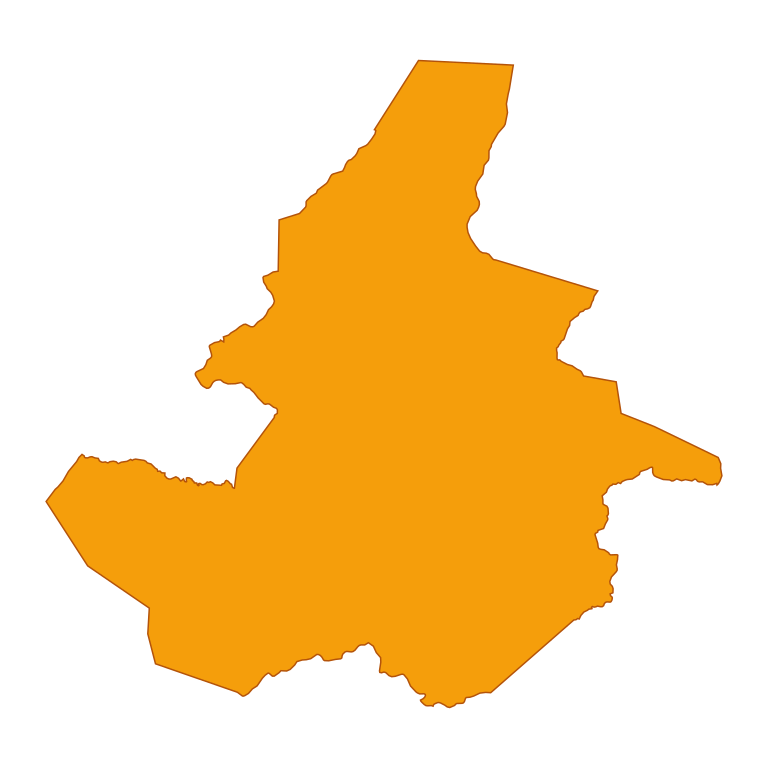 Moroceli, El Paraíso, Honduras (orthographic projection)
{"feature_id": "27666195B80695499331082", "entity_name": "Moroceli", "entity_type": "district", "adm_level": 2, "iso_a3": "HND", "parent_name": "Honduras", "parent_adm1": "El Paraíso", "projection": "orthographic", "projection_center": [-86.851, 14.169], "detail": "fine", "context": "isolated", "style": "filled", "palette": "amber", "viewbox_px": 768, "rotation_deg": 0, "n_neighbors": 0, "source": "geoboundaries", "source_scale": "gbopen_adm2", "svg_char_len": 6110}
<svg xmlns="http://www.w3.org/2000/svg" viewBox="0 0 768 768"><path d="M433.1,706.2L433.5,704.9L434.3,704.0L437.3,702.7L438.6,702.5L440.4,702.9L444.7,705.1L447.2,706.9L449.8,707.5L454.7,705.4L455.5,704.3L456.8,703.5L462.1,703.3L463.4,702.9L464.4,701.6L465.5,698.3L466.4,697.5L470.0,697.2L473.8,696.0L479.9,693.1L485.6,692.4L490.7,692.7L573.8,620.0L576.0,619.7L577.7,618.5L579.2,619.0L580.9,615.4L583.9,612.0L587.6,610.2L588.7,609.2L591.9,608.7L592.0,608.3L591.5,607.4L592.3,606.5L594.1,607.1L595.9,606.8L597.5,606.1L600.3,606.7L602.2,606.7L603.6,605.7L604.4,603.5L605.7,602.3L606.9,601.9L610.2,602.1L611.1,601.6L612.0,599.9L612.3,597.9L612.1,597.1L610.5,595.6L610.1,593.9L612.9,592.8L613.1,588.7L612.3,586.3L610.2,584.0L609.8,581.4L611.5,576.9L616.2,571.8L617.1,570.3L617.2,568.9L616.4,564.8L617.5,559.6L617.8,555.2L617.3,554.8L616.2,554.7L610.6,554.9L609.4,554.1L608.7,552.8L604.2,549.8L600.7,549.3L599.0,548.7L598.2,547.3L597.7,543.2L595.0,534.6L595.4,533.4L597.7,532.1L598.0,530.4L603.6,528.5L605.4,523.9L607.7,519.8L607.8,518.6L606.9,516.0L608.0,514.9L608.4,513.6L608.0,508.2L606.9,506.2L604.2,504.9L602.9,503.8L602.9,499.9L602.2,495.8L606.4,492.2L607.5,489.0L609.8,486.1L610.8,485.5L611.8,485.3L612.8,484.1L615.9,484.3L618.2,482.6L620.6,483.5L622.2,481.5L625.6,480.0L627.5,479.5L632.3,479.0L639.1,474.6L639.6,473.9L639.6,472.7L640.7,471.4L647.2,469.3L649.8,467.7L651.4,467.2L652.3,467.3L652.6,467.8L652.7,472.5L653.5,474.6L654.4,475.8L656.6,477.0L663.2,479.5L669.6,479.9L671.8,481.0L673.4,480.8L676.7,478.9L681.6,480.7L685.4,479.6L691.9,480.9L694.9,479.1L696.4,479.7L697.3,481.0L698.0,481.5L699.3,481.9L702.6,481.8L707.4,484.6L712.6,484.7L716.7,483.4L717.0,485.0L718.3,483.8L719.8,481.2L721.9,475.8L720.6,468.3L720.8,463.7L718.2,457.5L654.4,426.6L621.1,413.4L616.2,381.8L583.6,376.0L581.4,371.9L580.3,370.8L577.0,369.2L572.1,365.8L567.4,364.5L561.3,361.4L559.7,359.9L558.2,360.0L557.3,359.6L557.0,358.0L557.1,352.8L556.6,350.5L556.6,348.0L558.2,346.7L558.9,345.0L560.8,342.6L561.0,341.2L563.3,339.9L564.1,338.9L567.5,328.8L569.6,325.5L570.0,321.5L574.6,317.6L578.1,315.4L578.9,313.5L580.2,312.0L583.1,311.2L584.9,309.4L587.7,308.8L589.8,307.7L590.6,306.3L592.1,301.8L593.2,300.1L594.0,296.4L597.8,290.9L495.9,260.0L493.8,259.7L492.7,258.9L488.9,254.3L486.3,253.2L482.5,252.8L479.6,251.1L475.5,245.9L470.6,238.5L468.0,232.5L467.1,227.3L467.1,224.1L470.2,216.6L477.2,210.2L478.7,207.0L479.4,204.4L479.2,201.4L476.6,196.3L476.4,193.7L475.3,189.5L475.5,186.6L477.7,181.1L482.8,174.0L484.1,165.3L488.4,160.2L488.9,158.0L489.0,150.6L491.2,146.7L491.5,144.3L498.1,133.0L504.0,126.3L505.2,124.1L507.5,112.6L506.4,103.9L508.2,93.9L509.4,89.0L513.3,65.1L418.5,60.5L374.4,129.7L375.4,130.1L375.8,130.6L375.0,134.0L371.7,139.0L367.7,144.2L365.9,145.6L358.9,148.7L356.8,153.5L355.2,155.8L351.3,159.5L348.8,160.3L347.5,161.5L345.6,164.6L344.6,167.4L342.7,171.1L333.3,173.9L331.9,174.6L330.7,176.1L327.7,181.9L326.4,183.5L317.6,190.1L316.3,193.2L311.0,196.4L306.8,200.6L306.1,201.9L306.1,205.4L305.7,207.0L299.5,213.5L279.1,219.9L278.2,271.2L273.1,272.0L267.8,275.2L263.6,276.5L263.0,277.6L263.7,282.1L266.3,286.3L267.2,288.7L270.8,292.2L272.7,295.4L274.4,301.1L273.6,303.9L271.6,306.8L268.5,309.7L266.2,314.6L263.3,318.3L257.7,322.2L254.2,326.2L252.8,326.8L250.7,326.7L245.7,324.2L243.6,324.5L239.7,326.8L235.9,330.0L231.1,332.8L228.6,335.1L223.4,336.9L223.9,339.5L223.7,341.9L220.5,340.1L220.1,340.9L219.0,341.7L214.5,342.6L209.9,345.2L209.4,345.9L209.3,346.7L211.4,353.8L211.7,355.8L211.5,356.9L210.5,358.1L207.3,360.3L205.9,364.6L203.5,368.5L196.9,371.6L195.9,372.4L195.3,373.6L195.4,374.9L196.1,376.4L201.0,384.4L203.1,386.3L206.7,388.3L208.7,388.1L210.4,386.8L212.7,382.7L214.0,381.4L215.7,380.4L218.3,379.9L220.6,379.9L223.6,382.3L228.0,383.9L235.4,383.7L240.5,382.6L241.6,382.7L243.7,384.3L246.2,387.2L249.9,388.4L250.9,389.7L253.9,392.4L258.2,398.0L264.0,403.8L265.4,404.3L267.8,403.8L269.5,404.1L273.5,407.2L276.4,408.3L277.4,409.7L277.3,413.4L274.9,414.9L274.3,416.1L274.4,417.3L237.0,468.1L234.4,488.2L233.7,488.1L232.5,487.4L231.5,484.2L230.4,483.8L228.2,481.3L226.5,480.4L225.6,480.9L224.3,483.4L222.0,484.0L221.5,485.3L214.9,484.9L212.8,482.9L210.4,481.7L208.8,482.4L207.2,482.0L205.4,483.8L203.2,484.7L201.8,484.6L200.4,483.5L199.2,483.4L198.6,483.8L198.9,485.4L198.4,485.7L197.5,485.2L196.7,483.0L194.3,482.9L193.8,481.5L192.3,480.5L192.0,479.3L189.2,477.8L187.2,477.7L186.5,478.0L186.3,480.0L186.6,481.6L186.1,481.9L184.7,481.5L183.5,478.9L181.1,480.9L180.6,481.0L178.5,478.2L175.9,476.8L170.8,479.0L168.8,479.0L166.9,478.1L164.8,475.7L164.9,473.0L161.7,472.8L160.0,471.1L157.7,471.3L157.2,469.3L155.4,468.3L151.1,464.0L147.3,462.9L145.9,461.3L144.1,460.4L135.6,459.1L133.4,459.6L132.3,460.4L130.7,459.4L127.1,461.3L121.2,462.2L118.6,463.5L117.9,463.4L116.2,461.8L113.3,461.2L109.9,461.7L108.3,462.7L107.5,462.8L105.3,461.9L102.9,462.3L101.6,462.1L99.4,460.8L98.3,458.4L94.9,457.9L92.0,456.7L90.1,456.9L87.7,457.9L85.3,457.8L84.5,457.2L84.2,455.9L82.0,454.4L79.0,457.4L76.6,461.6L68.5,471.4L63.0,481.0L57.9,487.0L55.2,489.4L46.1,501.5L87.7,565.9L149.3,608.1L147.8,633.9L155.5,663.8L236.4,691.9L237.6,692.4L242.4,696.0L243.3,696.1L244.7,695.7L248.5,693.4L252.4,688.9L257.1,685.9L262.4,678.2L265.2,675.2L267.9,673.2L268.6,673.1L269.4,673.5L272.3,676.1L274.3,676.1L279.2,672.6L280.9,670.7L286.7,671.0L290.2,669.4L294.7,665.0L296.9,661.6L302.2,660.0L306.3,659.7L310.7,658.7L316.9,654.4L318.7,654.6L320.4,655.5L322.1,657.4L323.5,659.9L324.5,660.6L328.7,660.8L335.4,659.4L340.7,658.8L341.8,657.9L342.1,655.9L342.8,654.1L345.1,651.9L346.8,651.4L351.2,651.9L352.9,651.6L355.0,650.2L357.7,646.8L359.2,645.5L360.9,644.9L364.8,644.9L368.4,642.7L373.4,646.2L376.3,652.6L380.6,657.6L380.8,662.1L379.5,670.9L379.8,672.4L381.5,672.8L383.6,672.1L384.8,672.2L385.9,672.7L389.0,675.6L391.7,676.7L395.3,676.3L401.3,674.3L402.8,674.2L403.9,674.7L407.4,678.9L410.5,686.0L415.9,691.8L417.4,692.9L419.7,693.9L424.2,693.8L425.3,694.5L425.4,695.7L424.7,697.2L423.0,698.8L420.5,700.1L420.7,700.9L421.8,702.2L424.1,704.4L425.9,705.6L427.7,705.8L431.3,705.6L433.1,706.2Z" fill="#f59e0b" stroke="#b45309" stroke-width="1.5"/></svg>